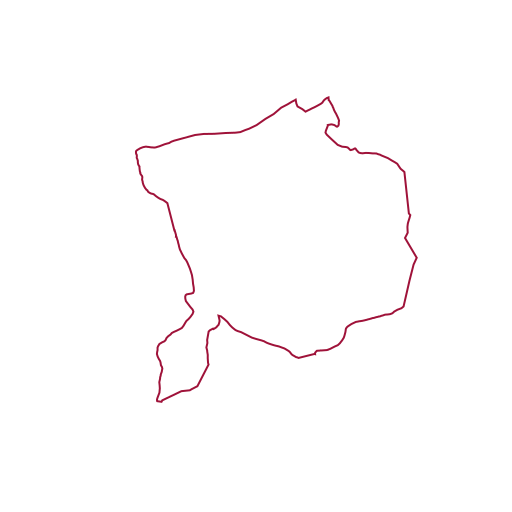 Corinth, Gros Islet, Saint Lucia (Natural Earth projection), rotated 117°
{"feature_id": "8701671B63390184751595", "entity_name": "Corinth", "entity_type": "district", "adm_level": 2, "iso_a3": "LCA", "parent_name": "Saint Lucia", "parent_adm1": "Gros Islet", "projection": "natural_earth1", "projection_center": [-60.96, 14.047], "detail": "fine", "context": "isolated", "style": "outline", "palette": "rose", "viewbox_px": 512, "rotation_deg": 117, "n_neighbors": 0, "source": "geoboundaries", "source_scale": "gbopen_adm2", "svg_char_len": 6104}
<svg xmlns="http://www.w3.org/2000/svg" viewBox="0 0 512 512"><g transform="rotate(117 256 256)"><path d="M184.6,112.0L172.3,131.4L166.4,131.4L162.4,133.7L161.3,134.3L158.3,135.4L157.0,135.7L155.3,136.0L154.2,136.2L152.3,136.5L149.5,137.1L148.7,139.1L113.8,161.9L113.4,163.3L113.3,163.8L112.7,166.5L112.3,167.4L111.8,168.3L110.4,170.8L109.7,172.0L109.4,175.0L109.3,177.4L109.3,177.9L108.9,183.0L109.1,185.3L109.5,190.2L109.4,190.8L109.4,191.2L109.6,192.4L109.8,193.1L110.0,195.3L110.8,197.0L111.6,198.6L113.1,202.5L113.5,203.2L113.8,204.0L114.4,205.1L114.5,205.3L116.2,207.8L116.3,208.2L116.5,208.6L116.9,209.8L117.1,211.2L117.1,211.7L116.7,212.6L116.5,213.1L116.0,214.5L115.2,215.9L115.1,216.4L115.3,216.7L115.5,217.0L115.9,217.2L117.1,218.0L118.0,219.0L118.4,219.4L118.7,219.8L118.7,220.4L118.1,222.0L118.0,222.6L117.7,223.4L117.8,224.3L118.0,224.9L118.1,225.4L119.5,228.9L119.9,233.7L119.2,236.1L118.8,237.6L118.0,240.5L117.4,242.6L115.8,247.9L115.5,248.5L115.2,249.0L114.9,249.5L114.5,250.1L113.7,250.3L112.7,250.6L110.7,250.8L107.8,251.1L107.1,251.2L106.7,251.5L106.2,250.9L105.8,250.3L105.4,249.8L104.9,249.2L104.4,248.4L104.2,247.7L104.0,246.7L103.8,246.0L103.8,245.0L103.9,244.2L104.1,243.1L104.0,242.5L103.5,242.2L102.6,241.8L101.6,241.9L100.7,242.2L99.8,242.7L99.1,243.1L98.4,243.2L97.6,243.5L96.9,244.3L96.3,244.9L95.0,246.5L93.7,248.2L93.0,249.1L92.4,250.0L91.8,251.0L91.5,251.4L91.1,251.9L90.7,252.5L90.0,253.3L89.5,253.8L89.0,254.3L88.4,255.2L87.4,256.2L86.7,257.4L84.7,260.5L84.2,261.4L84.1,262.0L81.8,263.4L82.5,264.0L83.1,264.6L84.8,265.5L86.3,266.1L88.0,266.4L89.2,266.5L90.5,267.1L91.5,267.7L93.3,268.9L94.9,270.0L97.0,271.5L99.4,273.4L101.0,274.5L102.8,275.9L104.9,277.4L104.1,281.4L103.9,286.9L101.8,289.3L98.7,291.6L99.4,292.0L102.3,294.1L106.5,296.7L112.4,300.9L121.5,304.7L129.5,309.8L139.1,314.9L145.8,320.0L148.5,322.6L150.7,324.5L152.7,326.2L155.4,330.2L160.2,338.9L166.1,348.7L171.0,358.0L175.9,365.3L190.5,381.4L191.4,382.2L192.1,382.9L193.0,383.6L194.8,384.7L196.1,386.2L197.6,387.8L198.3,388.5L199.1,389.2L201.1,391.0L202.1,391.9L203.6,393.5L204.2,394.1L204.7,394.6L205.1,395.2L205.6,395.9L206.1,397.2L206.5,398.0L207.2,399.9L207.6,401.3L207.9,401.9L208.4,403.4L208.7,404.0L209.5,405.0L210.1,405.8L210.9,406.6L212.4,407.9L213.2,408.5L214.1,409.0L214.8,409.5L215.9,410.1L216.6,410.4L217.2,410.4L217.8,410.2L218.3,409.9L219.4,409.2L219.8,408.4L220.9,407.6L221.6,407.3L222.6,406.9L222.9,406.6L223.3,406.0L224.0,405.3L224.7,404.6L226.5,403.6L227.3,403.0L227.9,402.5L228.8,401.2L229.1,400.5L230.3,399.9L230.9,399.5L232.0,398.8L233.7,397.6L234.1,397.0L235.1,396.5L236.2,394.5L236.5,393.8L236.8,393.5L237.5,393.0L239.6,392.2L240.3,391.6L241.1,390.8L241.8,390.4L242.7,389.6L243.5,388.8L244.2,388.0L245.7,385.8L246.4,384.3L246.7,383.8L246.8,382.6L247.5,381.7L247.8,381.1L247.9,380.2L248.0,379.7L248.0,378.9L248.0,378.1L247.8,377.1L247.5,376.1L247.4,375.1L247.7,373.9L247.9,373.0L248.1,372.2L248.5,369.3L248.6,367.2L248.5,366.1L248.3,364.6L248.4,363.4L248.5,362.3L248.7,361.4L248.8,360.6L249.0,359.7L249.1,359.0L270.2,340.4L270.0,340.2L273.5,336.9L274.8,336.2L275.1,336.1L274.9,335.7L276.0,334.6L276.5,334.2L276.9,333.8L277.4,333.3L278.0,332.6L278.8,332.0L279.6,331.3L280.0,331.0L280.8,330.2L281.5,329.6L282.3,329.0L283.3,328.1L284.9,326.6L285.3,326.0L285.9,325.2L286.6,324.3L287.3,323.4L288.6,321.5L289.1,320.8L289.7,319.9L290.5,318.7L291.3,316.7L291.6,316.2L292.9,314.3L297.2,309.2L299.4,307.0L302.1,304.4L305.8,301.7L309.3,299.5L312.2,297.3L315.2,295.5L316.6,295.3L317.5,295.3L318.9,296.7L320.6,299.0L321.7,300.4L322.9,300.9L324.4,300.6L326.1,299.6L328.0,298.0L331.2,291.4L332.5,288.2L334.0,286.5L336.4,286.2L340.2,286.8L342.8,287.5L345.4,288.5L347.3,288.7L351.1,288.9L353.8,289.4L355.9,290.8L358.6,292.8L360.9,294.7L362.9,296.1L364.8,296.5L367.3,297.8L369.7,298.5L372.1,298.4L373.6,298.9L375.6,300.5L377.1,301.4L378.2,302.1L380.9,302.3L382.4,302.1L384.5,301.0L386.4,300.5L388.3,299.8L390.2,298.0L391.8,295.9L393.0,293.9L394.1,292.8L396.5,291.1L397.6,289.4L398.9,288.3L400.5,287.9L402.0,287.4L403.7,287.2L405.0,287.0L405.9,286.6L407.4,286.4L409.1,285.7L411.1,285.2L412.3,284.9L414.9,283.2L417.6,281.6L421.6,280.0L427.1,279.4L428.7,279.1L430.0,278.4L430.2,278.1L428.8,274.0L427.2,274.0L410.3,261.1L405.7,254.0L403.9,252.9L398.6,249.1L374.3,249.0L373.0,250.2L369.0,252.6L366.0,254.1L363.4,256.0L362.5,256.5L360.0,258.7L355.6,259.8L353.0,261.4L344.8,263.9L343.0,263.3L340.2,261.3L340.4,260.7L339.2,259.9L337.6,259.0L335.5,258.5L334.3,258.1L331.6,258.6L330.1,259.1L328.7,260.2L326.2,262.3L325.7,259.6L325.9,259.0L326.6,255.6L327.7,251.6L329.4,247.9L330.4,244.9L330.7,243.6L331.1,241.7L331.3,240.6L331.2,238.3L330.6,234.7L330.6,232.4L330.6,228.3L330.6,222.6L329.9,218.5L328.7,212.7L328.5,211.2L328.3,210.0L328.4,208.7L328.4,206.9L328.2,204.8L327.8,202.1L327.4,199.7L326.9,197.4L326.5,196.0L326.4,195.2L326.2,194.9L325.8,191.2L325.5,189.1L325.5,187.7L325.6,186.7L325.8,183.9L326.1,182.5L326.6,181.4L327.4,179.7L327.7,178.3L327.7,177.3L327.9,174.3L327.6,173.3L327.5,171.8L316.7,159.4L316.6,158.8L315.8,159.3L315.2,159.4L312.9,158.8L312.1,157.6L311.4,156.3L310.7,155.4L310.4,154.7L308.1,150.9L307.6,150.1L306.3,148.7L307.3,149.8L304.9,147.6L303.6,146.7L300.7,144.6L298.4,142.7L298.0,142.5L295.8,141.7L295.5,141.6L295.3,141.6L293.7,141.3L293.1,141.2L292.7,141.1L292.3,141.0L290.1,140.8L289.0,140.7L286.9,141.0L283.2,141.8L282.0,142.2L281.1,142.5L280.6,142.7L279.7,142.9L279.2,142.8L278.0,142.6L276.8,142.1L273.3,140.1L269.4,137.1L267.9,135.1L267.5,134.7L267.1,134.1L266.7,133.5L266.1,132.7L265.4,131.7L264.8,131.0L263.9,129.9L263.6,129.6L263.1,129.0L262.4,128.2L261.9,127.7L261.6,127.4L260.7,126.3L259.9,125.5L259.4,124.9L259.2,124.7L258.7,124.3L258.2,123.7L257.8,123.1L257.6,122.8L257.4,122.6L256.6,121.8L256.0,121.2L255.6,120.7L255.2,120.2L254.7,119.6L254.3,119.3L254.1,118.9L253.3,117.9L252.4,117.2L252.0,116.7L251.5,116.1L249.8,114.5L249.3,113.8L248.8,112.9L248.3,112.1L247.0,110.2L245.4,108.7L244.6,108.3L244.0,108.0L242.9,107.7L240.0,105.8L239.8,105.7L236.5,102.7L234.0,101.6L228.4,103.0L208.1,108.1L192.1,111.7L184.6,112.0Z" fill="none" stroke="#9f1239" stroke-width="2"/></g></svg>